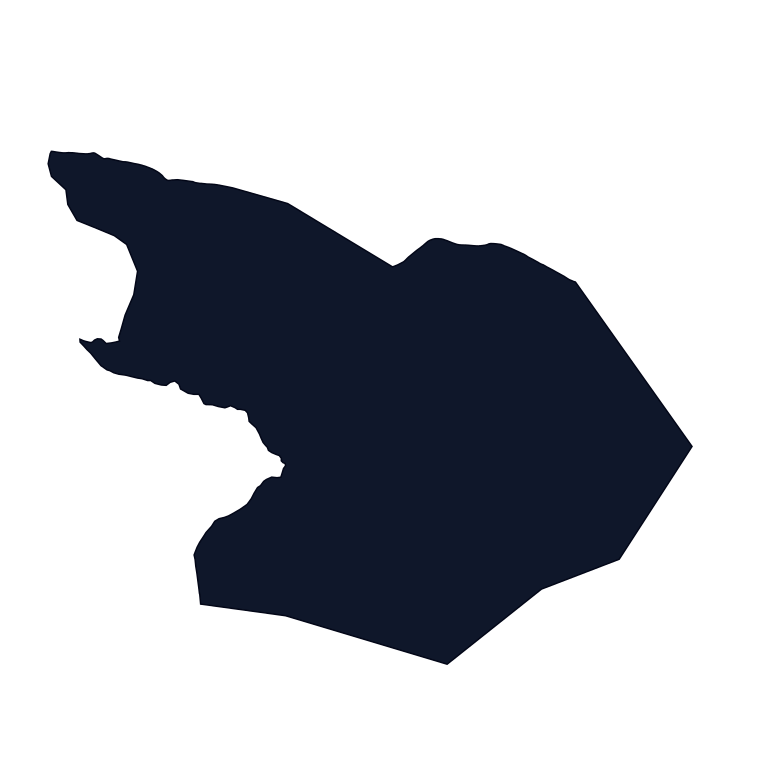 the district of El Nispero, Santa Bárbara, Honduras, rotated 260°
{"feature_id": "27666195B93278027696890", "entity_name": "El Nispero", "entity_type": "district", "adm_level": 2, "iso_a3": "HND", "parent_name": "Honduras", "parent_adm1": "Santa Bárbara", "projection": "robinson", "projection_center": [-88.3, 14.771], "detail": "fine", "context": "isolated", "style": "filled", "palette": "ink", "viewbox_px": 768, "rotation_deg": 260, "n_neighbors": 0, "source": "geoboundaries", "source_scale": "gbopen_adm2", "svg_char_len": 6096}
<svg xmlns="http://www.w3.org/2000/svg" viewBox="0 0 768 768"><g transform="rotate(260 384 384)"><path d="M97.1,397.5L154.7,503.5L170.6,585.2L269.0,676.5L451.2,590.2L451.6,589.4L452.0,588.6L452.5,587.8L453.0,587.1L453.8,585.8L454.0,585.5L454.4,584.9L454.8,584.3L455.3,583.8L455.7,583.3L457.0,581.9L458.5,580.3L458.9,579.9L459.1,579.6L460.3,578.1L462.5,575.4L464.4,573.0L466.8,570.1L467.5,569.2L469.7,566.4L471.2,564.4L471.6,564.0L472.8,562.6L473.4,561.8L473.8,561.4L474.0,560.9L474.2,560.6L474.5,560.1L474.8,559.7L475.0,559.3L475.3,558.9L475.7,558.4L476.1,557.9L477.0,556.9L477.4,556.5L477.8,555.9L480.9,552.1L483.7,548.4L484.2,547.8L484.8,547.2L485.1,546.9L486.0,546.0L486.3,545.6L486.9,545.0L487.3,544.4L487.8,543.8L488.2,543.1L491.3,538.7L495.7,532.3L496.2,531.4L496.8,530.6L497.2,529.8L498.4,527.8L499.0,526.6L499.6,525.8L500.0,525.3L500.3,524.7L500.7,524.2L500.9,523.9L501.0,523.6L501.2,523.2L501.4,522.6L501.8,521.3L502.2,520.0L502.6,518.6L503.0,517.2L503.2,516.3L503.6,514.5L503.7,514.0L503.8,513.5L503.8,513.1L503.8,512.7L503.8,512.3L503.8,511.9L503.8,511.7L503.7,511.4L503.5,510.6L503.4,510.2L503.3,509.8L503.3,509.5L503.2,509.1L503.2,508.5L503.2,508.1L503.1,507.7L503.2,506.4L503.2,505.3L503.3,504.3L503.3,503.2L503.5,501.8L503.5,501.1L503.6,500.5L503.8,499.8L503.8,499.5L503.9,499.1L504.3,497.5L505.3,493.7L505.9,491.5L506.6,488.6L507.4,484.6L507.6,483.8L508.0,482.2L508.2,481.8L508.4,481.1L508.6,480.7L508.7,480.3L508.9,479.9L509.3,479.2L509.7,478.4L510.1,477.7L510.5,477.0L511.2,475.7L511.8,474.8L512.9,473.0L514.0,471.3L515.2,469.1L516.0,467.7L516.3,467.2L516.4,466.8L516.5,466.6L516.8,466.0L517.0,465.2L517.3,464.2L517.4,463.7L517.7,462.7L517.8,462.0L517.9,461.4L518.0,460.9L518.1,460.4L518.2,459.5L518.2,459.0L518.2,458.3L518.1,457.6L518.1,457.0L517.9,456.1L517.8,455.4L517.7,454.8L517.5,454.2L517.4,453.6L517.1,452.9L517.0,452.6L516.8,452.0L516.6,451.7L516.3,451.1L515.9,450.5L515.6,449.9L515.2,449.3L514.4,447.9L514.0,447.3L513.6,446.7L513.3,446.1L512.9,445.3L511.8,443.3L510.2,440.0L509.5,438.7L508.9,437.6L508.2,436.4L505.1,430.9L504.8,430.3L504.1,429.3L503.5,428.4L503.1,427.9L502.4,426.9L502.0,426.3L501.7,425.8L501.4,425.4L501.2,425.0L501.0,424.6L500.9,424.4L500.8,424.1L500.2,422.2L499.4,419.7L499.1,418.7L498.8,417.7L498.7,417.1L498.5,416.1L498.3,415.2L498.1,414.2L497.9,412.7L578.4,320.5L603.4,269.1L604.9,265.3L606.2,262.0L607.2,259.4L608.0,257.3L608.4,256.4L608.7,255.4L609.2,254.1L609.6,252.8L610.0,251.6L610.3,250.3L610.5,249.7L610.8,248.3L611.3,246.3L611.4,245.5L611.6,244.7L611.9,243.5L612.2,242.6L612.5,241.6L612.9,240.1L613.1,239.6L613.2,239.3L613.3,238.7L613.5,237.8L613.6,237.4L613.7,237.0L614.0,236.2L614.4,235.0L614.6,234.4L614.9,233.6L615.1,233.2L615.2,232.8L615.5,232.3L615.7,232.1L616.0,231.6L616.2,231.3L616.3,231.1L616.5,230.8L616.6,230.4L616.7,230.1L617.2,228.5L619.4,221.7L620.0,219.6L620.6,217.6L620.8,217.0L621.0,216.2L621.1,215.8L621.3,213.9L621.5,211.9L621.6,211.5L621.7,210.7L621.7,209.9L621.7,209.0L621.7,208.6L621.8,208.0L621.8,207.5L621.9,207.3L621.9,206.9L622.0,206.6L622.1,206.4L622.2,206.2L622.4,206.0L622.6,205.6L622.9,205.3L623.2,205.0L623.5,204.7L623.8,204.4L624.3,203.9L624.6,203.7L625.0,203.4L625.4,203.1L625.8,202.9L626.2,202.6L627.1,202.2L627.4,202.0L627.7,201.8L627.9,201.7L628.3,201.4L629.0,200.8L629.6,200.3L630.2,199.8L630.9,199.2L631.2,198.9L631.5,198.6L632.1,197.9L632.6,197.4L633.2,196.7L633.8,195.9L634.9,194.6L635.5,193.7L635.9,193.3L636.4,192.4L637.3,191.0L638.1,189.7L638.6,188.8L639.3,187.7L640.2,186.1L641.0,184.4L641.3,183.9L641.6,183.4L641.8,182.8L642.5,181.3L642.7,180.9L643.2,179.7L644.6,175.9L645.3,174.3L646.5,171.3L647.1,169.9L647.2,169.4L647.5,168.6L647.6,168.1L647.8,167.6L648.0,166.3L648.2,165.6L648.4,165.0L648.7,164.3L649.7,161.8L650.7,159.5L652.8,154.4L653.1,153.7L653.7,152.6L653.9,152.1L654.0,151.7L654.1,151.2L654.3,150.5L654.3,150.1L654.3,149.6L654.3,149.1L654.3,148.6L654.3,148.3L654.3,148.1L654.4,147.6L654.5,147.3L654.6,147.0L654.7,146.8L654.9,146.6L655.0,146.4L655.2,146.2L655.8,145.5L658.6,142.6L660.5,140.5L661.1,139.8L661.4,139.5L661.5,139.3L661.7,139.0L661.8,138.8L661.9,138.4L662.0,138.1L662.1,137.7L662.1,137.4L662.1,137.1L662.1,136.8L662.1,135.9L662.0,135.1L662.0,134.7L662.0,134.0L662.1,133.2L662.1,132.4L662.1,132.0L662.2,131.3L662.4,130.5L662.4,130.1L662.6,129.4L662.8,128.6L664.0,123.5L664.5,122.0L665.1,119.9L665.3,119.3L665.5,118.5L665.6,118.1L665.8,117.5L666.0,116.3L666.3,115.0L666.5,114.1L666.7,113.1L666.7,112.7L666.8,111.7L666.9,110.6L667.0,110.1L667.1,109.5L667.2,109.0L667.3,108.2L667.5,107.5L667.9,106.1L668.5,104.1L669.2,102.0L669.6,100.8L670.4,98.6L670.8,97.3L670.9,96.8L668.7,95.2L659.2,91.5L646.2,92.6L630.5,104.5L615.7,103.8L598.4,110.1L589.2,124.9L576.9,144.2L566.1,154.8L537.9,160.9L515.4,153.1L496.8,141.0L483.9,134.8L476.0,130.8L472.2,131.0L471.9,126.9L471.8,122.6L472.1,117.4L475.6,114.9L477.4,113.2L478.3,109.5L477.5,106.5L475.9,104.2L475.7,102.5L476.4,100.7L477.8,97.5L478.8,95.5L480.5,93.0L480.9,92.3L478.0,92.0L474.4,94.4L469.3,97.6L465.5,100.4L458.3,104.4L451.2,108.5L446.0,113.7L444.7,116.4L442.0,119.8L439.7,124.5L437.7,130.8L432.7,142.2L431.2,146.7L428.4,152.0L428.0,154.8L424.4,158.5L421.7,164.5L420.5,169.3L422.8,173.7L423.3,178.5L419.4,182.0L414.4,182.8L408.9,189.5L406.9,194.8L406.0,199.9L401.9,201.5L396.0,203.3L394.7,205.0L393.4,211.4L390.6,216.9L388.2,223.2L388.6,225.8L389.3,229.1L386.5,233.3L384.5,235.3L384.0,238.2L382.2,242.7L379.3,244.6L374.1,244.9L370.6,244.7L367.2,247.2L363.2,250.4L356.3,252.7L351.6,253.7L347.4,254.8L344.1,256.7L342.0,258.1L338.7,258.7L336.0,261.5L333.4,265.5L331.7,268.5L328.6,270.0L326.2,269.5L324.0,271.0L322.9,272.9L320.5,272.8L318.3,270.4L313.9,268.2L310.1,266.2L310.3,262.4L311.8,257.2L310.4,251.6L309.0,248.6L305.6,245.0L305.4,244.9L304.0,241.5L299.1,237.2L294.1,233.4L289.2,228.3L285.5,220.4L282.4,211.9L281.1,208.0L280.3,203.6L280.0,198.2L278.2,193.5L273.8,189.5L268.7,183.0L265.4,180.0L260.1,175.0L255.7,171.6L251.8,169.2L248.6,167.3L244.0,167.5L237.4,167.0L230.5,166.9L219.8,166.4L215.1,166.2L209.9,165.9L208.6,166.0L199.1,165.2L172.9,246.8L97.1,397.5Z" fill="#0f172a" stroke="#020617" stroke-width="1.5"/></g></svg>